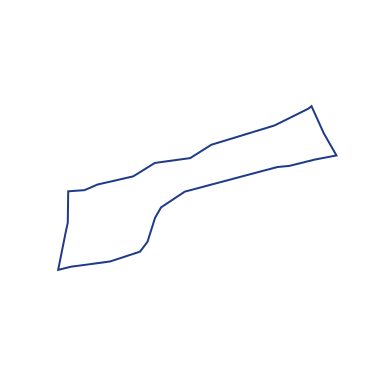 Gaza Strip, Albers equal-area conic projection, rotated 29°
{"feature_id": "GAZ+00?", "entity_name": "Gaza Strip", "entity_type": "state/province", "adm_level": 1, "iso_a3": "PSE", "parent_name": "Palestine", "parent_adm1": "", "projection": "albers", "projection_center": [34.369, 31.397], "detail": "fine", "context": "isolated", "style": "outline", "palette": "blue", "viewbox_px": 384, "rotation_deg": 29, "n_neighbors": 0, "source": "natural_earth", "source_scale": "10m", "svg_char_len": 480}
<svg xmlns="http://www.w3.org/2000/svg" viewBox="0 0 384 384"><g transform="rotate(29 192 192)"><path d="M254.9,59.0L278.7,76.7L300.6,90.0L283.7,104.1L263.9,122.5L263.7,122.5L254.5,128.8L185.5,195.2L172.4,220.4L172.2,232.5L177.2,257.1L175.5,269.3L154.0,292.5L122.5,315.9L112.7,325.0L101.8,290.8L98.2,279.0L83.4,251.4L97.1,242.5L105.7,231.3L133.0,206.8L145.4,184.6L174.0,163.2L186.0,141.3L231.9,93.8L253.5,62.5L254.9,59.0Z" fill="none" stroke="#1e3a8a" stroke-width="2"/></g></svg>